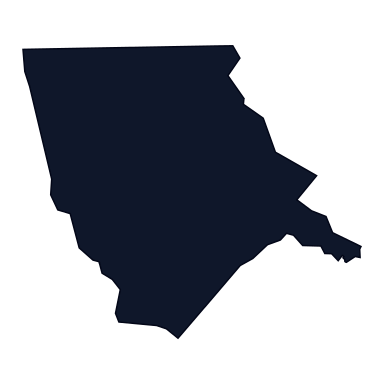 the district of Moore, North Carolina, United States of America
{"feature_id": "52423323B34987104881159", "entity_name": "Moore", "entity_type": "district", "adm_level": 2, "iso_a3": "USA", "parent_name": "United States of America", "parent_adm1": "North Carolina", "projection": "orthographic", "projection_center": [-79.387, 35.281], "detail": "fine", "context": "isolated", "style": "filled", "palette": "ink", "viewbox_px": 384, "rotation_deg": 0, "n_neighbors": 0, "source": "geoboundaries", "source_scale": "gbopen_adm2", "svg_char_len": 1053}
<svg xmlns="http://www.w3.org/2000/svg" viewBox="0 0 384 384"><path d="M23.0,49.4L24.8,71.5L29.4,85.7L29.5,85.7L29.5,85.8L51.7,179.1L50.7,194.8L57.8,209.9L70.2,213.6L79.2,247.9L93.0,260.1L99.1,261.7L99.3,261.9L99.5,262.4L99.3,262.7L99.4,262.9L99.6,263.1L99.6,263.3L99.4,263.3L99.7,264.1L102.1,273.2L112.3,279.4L120.3,289.6L115.5,313.3L118.9,322.0L156.6,325.5L166.4,328.8L178.0,338.2L204.8,306.9L205.1,306.7L205.9,305.7L240.2,265.5L252.8,258.5L267.5,244.7L280.4,240.0L286.5,233.3L293.5,235.2L302.7,245.5L320.9,246.0L324.8,253.5L331.6,253.7L338.2,260.7L342.3,255.4L342.8,255.5L343.1,256.1L343.4,256.3L343.9,256.7L343.8,256.8L343.1,257.5L343.0,257.8L343.8,258.7L344.7,259.2L344.9,261.5L345.1,261.7L345.7,262.1L346.4,262.3L355.2,256.5L360.1,257.5L359.7,249.2L361.0,246.5L332.6,232.7L326.0,216.5L311.5,210.8L296.8,199.8L316.6,175.7L275.4,152.2L263.2,118.2L243.4,104.3L243.9,98.7L244.0,98.6L227.9,75.6L239.9,58.1L232.8,45.8L217.0,46.0L216.8,46.0L137.6,47.4L132.2,47.5L129.5,47.5L44.9,49.0L23.0,49.4Z" fill="#0f172a" stroke="#020617" stroke-width="1.5"/></svg>